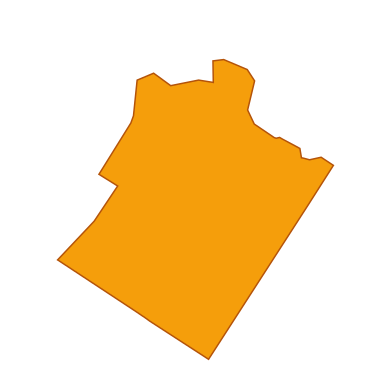 Forsyth, North Carolina, United States of America, rotated 122°
{"feature_id": "52423323B50145770853492", "entity_name": "Forsyth", "entity_type": "district", "adm_level": 2, "iso_a3": "USA", "parent_name": "United States of America", "parent_adm1": "North Carolina", "projection": "equal_earth", "projection_center": [-80.334, 36.117], "detail": "fine", "context": "isolated", "style": "filled", "palette": "amber", "viewbox_px": 384, "rotation_deg": 122, "n_neighbors": 0, "source": "geoboundaries", "source_scale": "gbopen_adm2", "svg_char_len": 718}
<svg xmlns="http://www.w3.org/2000/svg" viewBox="0 0 384 384"><g transform="rotate(122 192 192)"><path d="M325.1,89.3L139.5,86.6L137.8,86.6L94.5,86.2L94.1,100.9L102.4,109.4L104.1,115.0L104.2,115.3L104.8,116.9L105.0,117.3L97.9,123.6L99.2,143.1L99.3,146.6L101.5,148.8L101.8,149.1L102.1,150.3L102.3,151.1L101.4,175.2L93.0,188.3L64.6,197.8L58.9,210.0L62.9,235.3L69.7,243.7L87.8,232.0L93.6,245.7L113.1,266.4L111.6,287.5L125.6,297.4L126.2,297.8L128.3,296.8L130.7,295.6L153.7,284.3L158.4,282.0L165.9,280.4L212.7,280.3L226.3,280.3L226.3,275.0L226.3,271.6L226.3,258.2L268.6,259.5L320.8,270.0L323.0,179.5L323.3,170.4L323.4,168.2L323.4,166.5L323.9,159.1L325.1,89.3Z" fill="#f59e0b" stroke="#b45309" stroke-width="1.5"/></g></svg>